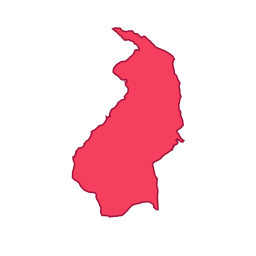 outline of Vulcan, Hunedoara, Romania, rotated 40°
{"feature_id": "2599482B28838011196800", "entity_name": "Vulcan", "entity_type": "district", "adm_level": 2, "iso_a3": "ROU", "parent_name": "Romania", "parent_adm1": "Hunedoara", "projection": "orthographic", "projection_center": [23.277, 45.365], "detail": "fine", "context": "isolated", "style": "filled", "palette": "rose", "viewbox_px": 256, "rotation_deg": 40, "n_neighbors": 0, "source": "geoboundaries", "source_scale": "gbopen_adm2", "svg_char_len": 5754}
<svg xmlns="http://www.w3.org/2000/svg" viewBox="0 0 256 256"><g transform="rotate(40 128 128)"><path d="M164.4,211.7L165.3,210.9L165.7,210.2L165.8,210.3L166.1,210.2L166.9,209.7L168.6,208.5L169.3,208.1L170.2,207.8L170.8,207.8L171.1,207.9L171.5,207.6L171.6,207.4L171.9,206.7L172.1,206.4L172.3,206.3L172.6,205.9L172.8,205.7L173.3,205.4L173.7,205.1L174.4,204.4L174.8,203.9L175.6,203.1L176.7,202.2L176.9,201.9L177.0,201.6L177.1,201.2L177.5,200.7L178.4,200.2L178.5,200.0L178.8,199.6L178.9,199.4L179.5,198.8L179.7,198.4L179.9,197.3L180.1,195.4L180.2,194.6L180.4,193.3L180.5,191.4L180.4,189.1L180.5,188.3L180.6,187.6L180.6,185.9L180.6,185.6L180.8,185.0L181.3,183.9L181.7,182.9L182.0,182.3L182.5,181.6L183.2,180.8L183.6,180.1L184.6,179.0L185.2,178.1L185.9,177.2L186.1,176.7L186.3,176.1L186.7,175.5L186.9,175.2L187.6,174.7L187.8,174.4L188.1,174.0L188.8,173.5L189.2,173.1L189.6,172.7L190.1,172.0L190.4,171.7L190.8,171.4L192.2,170.9L193.3,170.6L194.8,170.4L195.5,170.3L196.2,170.2L196.4,170.2L196.5,170.2L197.4,170.8L197.8,171.2L198.4,172.0L198.6,172.1L199.0,172.2L199.5,172.1L202.0,172.3L203.5,171.2L194.6,161.7L191.7,157.5L190.4,156.1L187.2,153.8L184.2,149.8L183.0,148.1L179.3,147.1L170.1,140.1L169.8,139.4L169.9,138.9L169.8,137.7L169.9,137.4L170.2,137.0L170.2,136.8L170.3,136.0L170.4,135.9L170.8,135.1L171.0,134.9L171.1,134.4L171.4,133.9L171.8,133.0L172.2,132.0L172.7,130.3L172.7,129.9L172.5,129.6L172.6,129.0L172.6,128.5L172.6,127.6L172.7,127.0L172.8,126.6L173.1,125.9L173.3,124.6L173.3,123.9L173.4,123.6L173.7,123.1L174.3,121.8L174.4,120.7L174.7,119.4L174.9,118.7L175.2,118.1L175.1,117.6L175.0,117.1L175.2,116.5L175.8,116.6L175.7,115.5L175.3,115.1L175.2,113.8L175.1,113.2L174.8,112.7L174.4,112.6L174.2,112.3L174.1,111.8L174.2,111.7L174.3,112.0L174.9,111.6L174.9,111.4L174.9,111.1L175.0,110.6L175.2,109.6L175.4,109.6L175.5,109.2L175.9,108.5L175.5,108.0L175.7,107.2L174.8,106.8L174.0,106.5L172.8,106.6L173.0,105.8L172.6,104.7L173.9,104.9L175.9,104.5L177.7,104.4L178.6,103.7L179.1,103.1L178.8,102.5L178.9,101.8L175.5,101.9L173.0,101.1L169.9,99.8L169.3,100.2L167.1,98.9L167.8,95.7L168.5,93.6L168.3,91.9L168.4,90.2L166.8,89.0L165.7,87.7L164.4,86.8L162.5,85.7L161.0,84.8L160.1,84.9L158.8,82.6L157.2,81.4L155.6,81.4L152.2,77.9L149.1,72.4L148.4,69.8L145.3,68.1L143.3,65.6L141.6,64.4L139.8,62.6L139.1,60.3L133.7,58.3L132.7,57.5L131.6,56.7L130.6,56.7L128.8,56.6L127.5,55.6L126.4,54.3L123.8,52.5L120.9,50.1L119.5,47.2L119.3,45.4L118.9,45.5L118.6,45.5L118.0,45.1L117.6,45.0L117.3,44.7L116.7,44.4L116.3,44.3L115.4,44.3L112.7,44.4L109.7,44.8L107.0,45.2L99.1,47.7L98.3,48.1L97.2,48.3L94.3,47.7L91.9,47.7L89.0,47.2L87.1,47.4L85.7,47.2L83.7,47.4L83.2,46.9L82.3,46.9L80.8,48.0L80.6,48.7L80.6,49.3L80.5,49.6L80.2,50.0L79.6,50.0L78.5,50.1L77.6,50.1L77.4,50.1L77.0,49.9L76.6,49.9L75.8,49.8L75.2,49.9L74.7,50.0L74.1,50.2L73.4,50.8L72.9,51.3L72.7,51.4L72.1,51.4L70.9,51.3L69.6,50.9L69.3,50.9L68.8,51.1L68.3,51.3L68.0,51.6L67.6,52.0L67.3,52.5L67.1,52.8L66.5,53.1L66.1,53.3L64.9,55.3L62.9,56.2L61.7,56.9L60.9,57.2L59.7,57.1L58.8,56.7L58.5,56.6L57.9,56.7L57.6,56.9L56.4,57.7L56.1,58.0L54.9,58.8L53.9,59.6L53.2,60.7L52.9,61.3L52.5,61.9L53.3,62.0L56.1,61.9L57.2,61.9L57.6,61.5L57.9,61.5L58.3,61.6L58.9,61.9L59.8,61.9L60.5,62.1L61.5,62.1L61.9,62.2L62.4,62.2L62.9,62.0L63.7,62.0L64.3,62.2L64.9,62.5L65.6,62.6L66.5,62.5L66.9,62.6L67.2,62.3L67.3,62.3L68.0,62.6L68.5,62.9L69.1,62.8L69.5,62.2L70.0,61.8L70.4,61.4L70.8,61.1L71.1,60.4L71.4,60.0L71.6,59.9L72.2,59.7L72.8,59.7L73.6,59.7L74.3,59.2L74.5,59.0L74.6,58.9L75.0,58.8L75.3,58.8L76.3,58.6L76.7,58.4L78.0,58.8L79.0,59.3L79.8,58.9L80.7,58.7L81.2,58.7L81.7,58.7L82.2,58.8L82.8,58.8L84.2,59.5L84.7,60.0L85.6,60.3L86.8,61.0L86.4,61.7L85.7,62.1L85.0,62.2L84.3,62.5L84.2,63.0L83.7,63.5L83.4,63.7L84.4,67.1L84.7,68.9L84.4,71.0L84.1,71.6L83.9,73.6L83.9,74.9L83.6,75.8L83.5,77.5L83.2,78.1L82.9,78.5L82.8,79.0L81.8,79.7L81.1,80.7L80.2,81.6L78.9,85.4L78.5,87.3L78.6,91.0L79.6,93.3L80.7,94.7L83.7,95.0L84.8,94.9L85.3,94.8L85.8,94.7L86.6,94.7L86.9,94.6L88.6,94.6L89.8,94.8L90.6,95.2L92.3,94.9L93.4,94.3L94.9,93.1L94.9,92.4L95.9,92.1L96.7,92.4L97.4,93.2L97.5,93.7L96.3,94.5L98.8,96.7L102.5,97.4L104.8,100.2L105.0,103.2L105.0,106.2L107.1,107.7L104.9,111.0L104.0,115.5L104.6,116.5L104.9,120.5L104.8,121.1L104.2,122.0L103.9,124.1L103.4,124.5L103.8,125.5L104.2,126.3L104.1,127.1L104.3,127.2L104.5,128.0L104.9,129.0L105.1,129.2L105.2,129.4L105.8,129.7L106.7,130.3L106.7,130.5L106.0,130.6L105.9,133.2L104.1,133.2L105.4,134.5L106.2,135.8L106.7,139.7L106.2,142.5L105.7,143.3L105.1,143.8L104.9,144.4L104.6,145.5L104.2,145.6L104.5,146.4L104.1,148.5L103.8,150.7L102.6,153.1L102.5,154.2L102.7,155.0L103.6,155.5L103.9,156.3L104.0,157.0L104.4,157.4L104.8,158.2L104.9,160.1L105.3,161.2L105.4,162.7L104.6,164.1L104.7,165.4L104.6,167.0L104.5,168.1L105.3,169.2L105.6,170.8L105.1,173.1L103.1,175.0L103.3,178.1L103.1,179.2L103.6,180.1L104.4,180.7L104.6,182.6L105.4,183.8L105.3,184.3L104.5,185.3L104.8,186.1L105.8,186.5L106.5,187.7L107.5,188.0L109.3,189.2L110.2,189.9L110.9,190.6L111.3,191.3L111.3,191.9L111.6,192.7L112.4,193.9L112.7,194.4L113.1,195.5L113.7,196.6L114.0,197.5L117.5,201.8L120.8,202.0L121.2,201.9L121.9,201.6L122.5,201.5L124.2,201.5L125.4,201.6L126.2,201.7L126.9,201.9L128.1,202.5L128.7,202.8L129.7,203.1L131.6,203.3L132.1,203.4L133.5,203.6L134.5,203.6L135.2,203.5L135.8,203.4L136.2,203.1L137.1,202.7L138.6,202.5L139.2,202.2L141.4,200.8L142.2,200.3L142.7,199.9L143.7,199.3L144.1,199.1L145.1,198.9L145.5,198.9L145.8,199.0L146.2,199.2L146.8,199.8L147.1,200.2L147.4,200.7L148.4,201.7L148.8,202.0L149.3,202.3L150.2,202.7L151.5,203.1L152.9,203.6L154.3,204.3L155.5,205.0L156.6,205.6L158.0,206.2L158.4,206.4L158.9,206.9L159.6,207.7L160.1,208.6L160.7,209.3L161.5,210.1L163.3,211.4L164.0,211.6L164.4,211.7Z" fill="#f43f5e" stroke="#9f1239" stroke-width="1.5"/></g></svg>